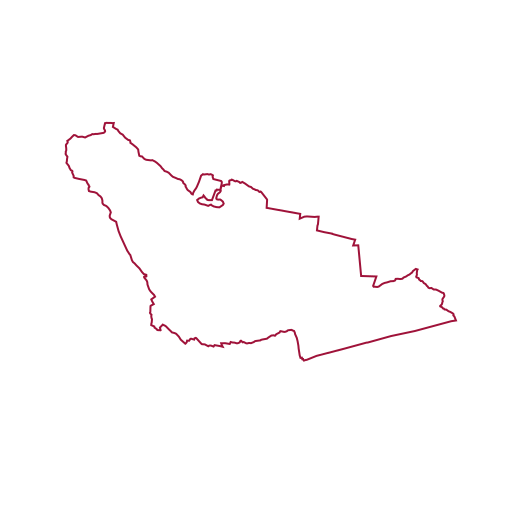 outline of Carligele, Vrancea, Romania, rotated 12°
{"feature_id": "2599482B24522284823020", "entity_name": "Carligele", "entity_type": "district", "adm_level": 2, "iso_a3": "ROU", "parent_name": "Romania", "parent_adm1": "Vrancea", "projection": "natural_earth1", "projection_center": [27.055, 45.686], "detail": "fine", "context": "isolated", "style": "outline", "palette": "rose", "viewbox_px": 512, "rotation_deg": 12, "n_neighbors": 0, "source": "geoboundaries", "source_scale": "gbopen_adm2", "svg_char_len": 6075}
<svg xmlns="http://www.w3.org/2000/svg" viewBox="0 0 512 512"><g transform="rotate(12 256 256)"><path d="M353.8,224.3L348.9,225.5L349.6,219.4L346.1,219.5L328.2,218.7L325.9,218.5L325.8,218.3L317.9,218.5L310.3,218.3L309.8,213.6L310.0,212.0L309.1,204.5L308.0,204.7L305.3,205.6L297.6,206.7L295.1,207.5L291.0,210.4L290.5,205.6L256.4,206.7L255.2,198.8L254.8,198.2L247.9,192.4L247.1,192.0L246.4,192.6L245.5,192.4L244.7,191.7L243.7,191.4L241.7,191.5L241.0,191.1L239.1,190.9L236.7,189.5L234.7,189.4L230.2,187.4L227.2,186.4L225.9,187.6L225.3,187.8L224.6,187.2L221.5,186.5L220.7,187.2L219.7,187.2L217.1,186.4L216.3,186.4L216.2,186.8L214.5,187.6L214.2,188.1L214.3,188.8L215.0,191.1L215.0,191.7L212.8,192.0L209.8,193.4L210.0,194.2L207.7,194.3L207.5,197.7L207.6,198.6L208.0,199.6L207.5,201.1L205.8,203.1L205.2,204.8L205.1,207.7L205.4,208.3L206.0,208.7L207.3,208.7L209.1,208.2L210.3,208.6L212.3,209.7L213.5,211.5L213.0,213.0L210.1,216.0L207.3,216.4L204.3,216.3L202.0,215.6L201.3,215.1L200.4,215.6L198.8,216.9L194.9,216.4L192.4,216.6L190.2,216.3L188.1,215.3L186.8,213.5L188.3,211.6L190.4,210.2L191.6,209.7L192.1,207.7L193.5,208.8L194.1,209.5L195.1,210.2L195.7,210.3L196.0,210.8L196.7,211.2L198.0,211.2L201.3,210.5L202.8,200.3L203.8,200.2L203.9,199.2L207.3,198.8L207.4,192.3L207.2,190.8L206.7,190.2L206.3,189.9L198.3,189.6L197.1,187.6L197.1,186.1L195.7,185.6L194.6,185.4L193.1,186.1L191.4,186.0L188.2,187.1L187.5,187.2L187.1,187.0L185.6,188.8L184.8,195.3L183.8,200.4L183.3,202.2L182.1,204.9L181.4,207.4L181.4,208.9L180.9,208.9L179.8,208.4L178.5,207.0L175.5,205.7L174.5,204.8L173.2,203.2L172.7,202.8L172.5,201.6L171.5,200.7L169.8,199.8L169.4,199.2L169.3,198.7L168.6,198.0L167.2,197.3L165.4,196.8L163.6,196.9L161.5,196.4L158.2,195.8L156.4,194.8L153.3,192.7L151.1,192.1L148.9,191.9L147.4,190.6L146.0,189.8L144.0,188.0L139.7,185.5L137.4,184.5L134.6,183.8L133.5,184.3L128.6,184.7L126.7,184.3L123.7,182.3L122.4,182.5L121.0,182.2L119.4,178.6L118.6,176.3L116.3,174.6L112.0,172.4L109.6,171.4L109.5,170.7L108.8,169.3L108.4,169.0L107.0,169.1L104.1,167.8L103.3,167.4L100.4,165.0L97.7,164.2L95.4,162.4L94.4,161.2L92.7,160.8L89.2,159.5L89.2,155.5L87.9,155.9L86.4,156.0L83.8,156.6L82.1,156.8L81.3,157.2L81.1,157.6L80.7,157.6L80.6,162.5L81.1,163.4L82.2,164.6L82.5,165.5L82.0,166.6L81.2,167.3L75.4,169.6L73.8,169.9L71.7,170.7L70.5,170.8L69.2,172.1L67.1,173.2L64.2,175.6L61.1,175.4L57.4,176.5L56.9,176.5L54.4,175.5L53.3,175.5L52.7,175.6L51.2,177.8L50.1,179.7L47.5,182.7L48.0,183.3L48.2,184.2L47.9,185.0L47.1,186.4L47.0,186.9L47.3,188.2L47.9,189.8L48.4,191.8L48.4,192.5L48.2,193.7L48.6,194.8L48.5,195.0L48.5,195.6L48.8,196.2L50.9,198.1L51.0,200.5L51.3,202.8L51.2,204.3L54.1,206.7L54.9,207.9L55.1,208.4L57.1,210.6L58.3,210.8L58.8,211.2L58.9,211.6L58.8,212.6L60.9,215.4L61.3,217.0L62.4,217.3L66.7,217.4L72.5,217.3L74.2,217.5L76.2,220.2L77.4,221.1L77.7,221.9L78.6,222.6L78.6,223.1L78.1,224.1L78.2,225.0L78.4,225.8L79.1,227.2L80.9,227.4L84.8,227.2L86.6,227.5L87.4,227.7L89.4,229.2L91.5,230.1L93.1,231.5L93.7,232.6L94.3,233.9L94.7,235.9L95.2,236.7L96.6,237.7L98.8,238.1L99.7,238.5L101.6,239.7L103.8,241.8L104.9,243.5L104.5,246.8L104.8,248.2L105.5,249.2L106.9,250.1L112.1,251.6L113.1,253.8L116.4,260.2L119.5,264.9L128.9,277.5L132.0,280.6L132.8,281.1L135.5,285.9L136.9,287.5L138.7,288.4L141.0,290.1L144.5,292.3L147.7,295.3L150.0,297.0L152.6,297.2L153.0,298.7L152.8,298.9L151.7,299.0L150.9,299.5L151.1,300.3L154.1,302.7L155.1,304.2L155.8,306.5L158.3,310.6L159.5,311.9L161.0,313.1L164.4,315.3L165.7,316.8L162.6,320.2L163.8,321.9L166.0,324.3L163.3,326.6L163.3,327.5L164.3,332.9L164.1,333.5L164.4,334.1L166.0,335.2L166.0,336.4L166.3,337.4L166.8,338.6L167.4,339.4L167.8,342.7L167.7,344.0L167.9,345.4L171.2,346.1L171.6,347.1L174.1,348.2L174.8,348.9L175.8,348.9L176.8,348.6L177.9,348.6L178.1,348.4L176.9,346.0L179.1,342.5L179.9,342.8L180.9,342.9L182.5,343.5L186.1,345.9L188.4,347.3L189.6,348.2L192.4,348.3L194.1,348.7L197.3,350.9L199.8,353.5L205.1,356.5L205.3,356.3L206.1,354.9L206.2,353.8L206.2,353.1L208.2,352.8L209.0,350.8L209.6,350.4L212.9,350.6L213.0,349.3L214.1,348.6L214.7,348.8L220.8,353.2L221.5,353.5L224.3,353.1L228.1,354.2L228.7,353.5L229.7,353.1L230.6,353.0L233.3,353.4L234.0,351.8L239.5,351.6L242.3,351.7L240.9,350.0L240.1,348.6L244.0,347.7L248.6,347.5L248.9,346.4L249.1,345.4L251.2,345.5L252.8,345.2L255.5,345.4L256.5,345.0L257.8,344.1L258.1,343.8L258.2,343.0L258.5,342.2L258.8,342.0L259.2,342.0L260.2,342.8L261.0,343.2L261.8,342.7L264.4,343.4L265.4,343.4L267.3,342.5L269.2,342.3L271.8,340.6L272.5,339.7L273.4,339.2L277.9,337.6L278.3,337.0L279.5,336.4L283.9,334.6L285.0,333.2L287.6,330.6L289.7,329.9L290.6,330.1L291.2,330.0L291.5,329.6L291.6,329.0L292.2,328.2L295.0,325.9L295.3,324.6L295.6,324.4L299.4,324.4L300.5,324.0L301.9,323.1L302.3,322.4L302.8,322.0L305.9,320.9L306.5,320.9L306.9,321.2L308.8,321.4L309.9,322.9L310.5,324.3L312.9,327.6L314.4,330.7L316.1,334.9L317.0,337.8L319.4,344.1L320.7,346.4L322.0,345.9L322.7,347.3L323.5,347.0L323.8,347.7L324.4,347.9L324.7,348.3L326.3,347.3L327.1,347.1L336.0,341.1L361.6,328.3L382.0,317.8L383.3,317.4L404.8,306.2L427.1,296.3L460.5,279.2L465.0,277.5L462.6,273.9L461.4,273.1L461.4,272.0L461.3,271.8L460.4,271.2L457.7,270.3L455.8,270.0L453.3,268.9L451.5,269.1L450.7,268.4L449.7,268.4L448.8,267.5L446.7,267.0L446.5,266.7L446.6,266.4L447.7,264.9L447.9,264.1L447.9,262.6L448.1,261.4L447.4,260.1L447.4,259.1L448.5,256.5L448.5,255.8L448.4,255.3L447.4,253.5L446.9,253.2L445.6,253.2L441.8,252.0L439.1,251.4L436.7,251.8L434.2,250.8L432.6,251.4L431.3,251.2L430.1,250.0L429.5,249.8L427.7,248.2L425.8,247.6L424.4,246.3L423.8,246.0L422.3,246.2L421.8,245.7L420.4,245.1L419.9,244.1L419.6,243.8L417.4,243.5L417.0,242.9L417.3,240.9L416.8,239.2L416.6,236.2L416.8,235.6L415.0,235.4L413.0,237.7L412.6,238.2L412.1,239.7L410.9,241.0L410.0,242.2L408.5,243.3L407.0,244.9L404.8,246.4L404.0,247.7L403.5,248.0L401.7,248.6L399.5,248.8L397.5,249.3L397.3,249.6L397.2,250.8L396.9,251.2L395.6,252.0L392.9,252.7L389.6,254.6L387.4,255.6L385.3,257.1L382.4,260.4L381.0,261.1L378.2,261.4L377.5,261.6L376.8,260.9L378.0,251.0L363.0,253.7L353.8,224.3Z" fill="none" stroke="#9f1239" stroke-width="2"/></g></svg>